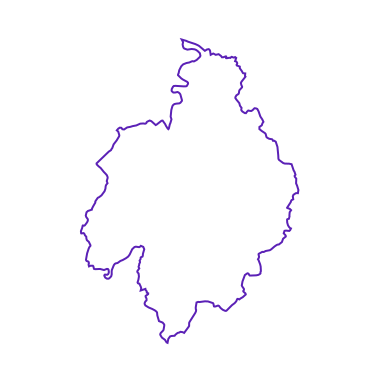 Phu Binh, Thái Nguyên, Vietnam, rotated 41°
{"feature_id": "81297802B19798201223775", "entity_name": "Phu Binh", "entity_type": "district", "adm_level": 2, "iso_a3": "VNM", "parent_name": "Vietnam", "parent_adm1": "Thái Nguyên", "projection": "mercator", "projection_center": [105.961, 21.492], "detail": "fine", "context": "isolated", "style": "outline", "palette": "violet", "viewbox_px": 384, "rotation_deg": 41, "n_neighbors": 0, "source": "geoboundaries", "source_scale": "gbopen_adm2", "svg_char_len": 6031}
<svg xmlns="http://www.w3.org/2000/svg" viewBox="0 0 384 384"><g transform="rotate(41 192 192)"><path d="M84.2,83.7L86.6,84.6L87.2,85.1L88.0,86.7L89.8,88.1L91.0,88.7L92.0,88.8L95.1,87.6L97.9,84.3L100.4,82.6L101.9,82.1L103.8,81.9L106.9,82.1L109.0,83.7L109.3,84.8L108.9,89.3L107.8,92.2L106.7,92.8L106.1,93.6L105.0,96.0L103.2,98.3L101.6,101.4L101.4,104.2L102.5,108.5L103.9,111.0L104.4,112.5L104.8,113.0L109.3,113.3L111.3,113.1L116.2,112.0L117.3,112.2L118.0,112.9L118.5,115.3L118.2,116.1L116.6,117.6L109.8,122.8L108.7,124.0L108.6,125.1L109.2,127.6L110.1,128.9L110.7,129.2L112.6,129.2L114.0,128.0L115.4,126.1L116.5,125.7L118.2,125.7L119.2,126.0L124.2,129.3L124.6,129.9L124.7,132.2L124.3,133.4L122.2,135.6L121.0,137.2L120.7,139.0L120.9,140.1L122.6,143.7L126.5,149.2L128.8,150.6L130.4,154.0L130.9,155.6L132.9,159.3L132.9,160.1L131.8,160.0L128.8,159.1L127.3,158.4L123.0,157.4L122.6,157.7L122.2,158.4L121.1,164.2L120.7,165.3L114.9,165.2L113.2,165.8L112.1,168.2L112.0,169.1L112.3,169.9L112.1,170.8L111.7,171.3L110.2,172.3L108.1,174.4L106.3,178.3L104.0,181.2L102.7,183.3L100.7,185.8L99.7,189.4L98.3,190.3L96.6,189.9L95.3,190.8L94.8,192.5L94.8,194.8L96.7,194.8L99.7,196.7L100.2,197.2L100.5,198.0L101.3,202.5L101.6,207.5L103.0,211.1L103.1,212.4L103.4,213.6L102.7,216.1L101.2,233.0L102.0,233.7L104.6,233.9L107.3,233.8L112.2,234.7L114.7,234.9L116.8,235.2L118.5,236.1L119.1,236.7L120.5,239.7L122.5,240.8L122.5,242.7L123.0,244.2L124.5,246.3L125.5,248.8L125.9,253.9L125.3,256.8L124.7,258.2L124.9,260.1L125.2,262.5L126.0,263.5L126.8,267.7L127.5,270.4L128.0,271.0L125.9,274.6L125.7,276.5L127.3,279.5L128.7,280.3L131.0,280.8L131.8,281.4L132.0,281.8L132.5,282.8L132.8,284.6L133.0,287.5L132.6,288.3L131.6,288.8L131.6,289.2L132.7,291.2L133.8,294.3L134.2,294.8L135.5,295.9L135.9,295.7L136.9,294.3L137.4,294.1L138.2,294.2L139.7,294.9L141.5,295.1L142.8,296.4L144.1,297.2L144.5,297.3L146.8,297.3L150.3,298.8L150.7,299.4L150.7,301.0L151.2,302.6L153.1,307.1L156.5,312.8L157.7,313.2L159.2,312.6L160.1,312.7L161.0,313.5L161.3,314.3L161.9,314.9L163.1,315.7L163.7,314.3L165.5,312.7L166.3,312.8L168.4,314.3L169.5,313.8L173.1,310.4L176.8,308.6L178.2,305.9L179.0,305.3L180.1,305.5L180.9,306.2L181.8,307.0L182.4,308.2L182.6,309.0L182.3,310.1L180.5,311.4L180.4,312.0L180.7,312.7L182.6,313.5L184.4,313.3L185.6,312.5L186.1,311.7L186.3,310.1L186.3,308.6L185.4,306.8L183.6,304.8L182.7,303.5L181.0,298.5L180.9,296.9L181.2,296.0L182.4,294.4L183.2,291.0L184.3,288.9L185.6,285.3L186.2,282.6L186.0,280.1L184.4,274.4L184.7,271.3L185.5,270.1L188.3,268.3L188.7,267.2L188.7,266.2L191.2,265.4L193.5,266.5L195.5,270.8L196.7,272.4L197.0,273.3L196.3,274.6L196.3,275.2L197.2,276.4L197.5,278.2L198.7,278.9L199.0,279.4L199.3,280.8L200.2,282.1L200.6,283.3L201.0,283.7L202.3,284.2L202.7,287.7L203.6,288.4L205.1,288.5L207.4,290.6L209.1,293.4L210.2,295.9L211.0,296.3L211.6,296.2L212.4,295.7L215.5,297.1L216.8,297.9L217.9,300.0L220.4,295.7L221.3,296.4L223.1,296.7L223.9,297.6L225.4,297.2L225.9,297.9L225.2,300.8L225.7,301.5L227.6,302.3L228.3,303.0L228.8,303.7L228.6,305.2L229.1,306.8L229.6,307.5L231.2,308.2L235.0,307.6L238.6,306.4L241.6,305.7L243.7,305.6L244.7,305.9L246.8,307.9L251.8,311.1L255.5,309.8L257.9,310.2L258.7,311.0L260.9,314.6L261.1,315.4L260.9,318.9L261.3,320.2L262.2,320.8L264.8,321.6L268.6,321.3L271.5,322.2L272.5,321.9L270.5,318.4L270.2,315.4L270.9,314.2L273.2,311.9L273.1,310.6L273.6,307.8L274.6,306.4L275.0,305.1L276.9,303.9L278.5,303.5L277.9,296.1L277.7,295.0L275.7,292.6L275.4,291.6L273.8,281.2L273.3,279.5L272.5,278.3L271.7,277.9L270.5,276.6L267.9,272.4L268.7,270.9L269.8,270.2L273.5,266.0L275.9,264.1L280.7,262.1L281.3,262.2L283.6,263.9L284.1,263.7L284.8,263.0L286.2,260.6L287.1,260.3L289.9,260.8L292.5,260.7L294.8,260.0L295.6,259.5L295.9,258.8L296.4,251.2L297.1,247.9L297.1,245.5L296.5,243.6L296.4,242.9L296.8,242.5L298.2,242.0L298.4,240.7L299.3,238.1L299.8,234.1L299.0,233.5L296.0,233.4L295.6,233.0L295.5,232.0L295.1,231.4L294.6,231.0L292.1,230.4L290.9,229.9L288.8,226.4L286.4,220.0L287.0,217.5L287.4,216.8L288.3,216.6L289.7,217.1L290.5,217.1L295.1,212.8L296.4,211.1L297.0,209.6L297.1,208.6L296.2,207.5L295.9,206.5L292.7,203.2L290.9,201.9L287.0,199.8L285.9,199.5L285.6,197.7L284.9,196.7L283.2,195.5L282.9,194.9L284.3,191.1L285.5,190.2L286.3,188.2L288.9,184.9L289.4,183.3L290.0,179.1L290.6,176.7L291.0,175.7L292.0,174.6L292.7,170.8L291.4,167.5L292.0,164.1L291.7,163.7L290.9,163.3L288.3,163.0L287.3,160.6L288.2,159.5L290.9,157.6L291.1,156.4L290.6,154.6L289.7,154.9L288.0,154.7L286.2,154.1L283.9,152.6L281.9,150.5L281.8,150.0L282.7,148.6L281.5,146.3L280.9,145.8L279.0,143.2L278.7,140.7L276.8,140.6L274.4,141.6L274.1,141.5L273.2,135.0L272.6,133.6L272.5,132.8L273.2,131.1L270.9,129.1L270.4,127.5L271.1,124.9L272.0,123.9L272.7,123.4L271.0,120.7L267.2,118.3L264.9,117.2L261.9,113.5L259.7,113.1L258.9,112.6L258.8,111.1L255.9,109.4L254.7,109.1L248.9,105.7L246.6,107.0L243.5,109.6L241.9,110.3L236.8,110.7L235.5,110.3L233.1,107.8L226.9,101.9L222.2,99.1L220.4,99.4L219.6,100.2L218.8,99.8L217.8,99.7L215.3,101.2L213.2,101.7L212.0,101.6L209.6,99.9L208.4,99.7L204.6,100.2L201.6,100.3L200.2,98.7L200.9,95.9L200.1,94.0L199.9,92.2L197.4,91.1L194.1,90.2L189.4,87.5L186.8,86.5L185.5,86.9L184.3,87.7L184.1,88.5L184.1,89.9L183.7,91.8L182.8,92.6L181.0,93.6L180.8,95.3L181.0,97.1L180.1,97.8L177.3,98.2L175.8,98.0L175.2,97.6L174.2,96.0L171.6,95.4L169.4,93.9L164.7,93.1L163.0,92.6L162.5,91.9L162.1,89.9L162.7,87.7L162.7,87.2L162.4,86.4L161.3,84.8L161.0,83.8L161.1,80.2L160.7,79.6L159.1,78.9L157.4,77.7L157.0,76.3L156.7,69.9L155.9,69.7L154.4,67.6L152.7,68.8L152.3,68.8L150.1,68.0L147.0,67.3L145.8,66.0L142.8,67.1L142.2,66.8L141.9,65.5L141.6,65.1L140.9,64.7L139.9,64.5L138.7,65.0L137.4,61.8L136.0,61.9L135.6,62.9L134.9,63.4L133.3,63.9L133.1,64.3L133.0,65.6L132.1,66.2L130.5,68.2L129.9,68.6L129.6,68.4L129.3,67.6L128.9,67.3L128.4,67.6L127.2,69.8L126.2,70.7L124.8,70.3L121.7,70.5L119.9,72.9L117.3,73.5L117.0,73.9L116.1,76.2L113.0,73.6L112.1,73.2L110.9,73.2L109.8,74.6L109.1,77.0L101.7,77.1L100.1,77.4L97.4,78.2L90.3,81.2L88.5,81.7L84.2,83.7Z" fill="none" stroke="#5b21b6" stroke-width="2"/></g></svg>